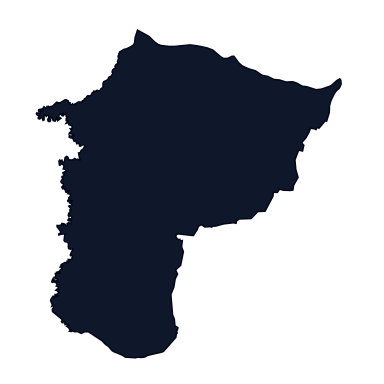 the district of Ban Thaen, Chaiyaphum, Thailand, rotated 268°
{"feature_id": "78962969B48831916769837", "entity_name": "Ban Thaen", "entity_type": "district", "adm_level": 2, "iso_a3": "THA", "parent_name": "Thailand", "parent_adm1": "Chaiyaphum", "projection": "albers", "projection_center": [102.355, 16.36], "detail": "fine", "context": "isolated", "style": "filled", "palette": "ink", "viewbox_px": 384, "rotation_deg": 268, "n_neighbors": 0, "source": "geoboundaries", "source_scale": "gbopen_adm2", "svg_char_len": 5753}
<svg xmlns="http://www.w3.org/2000/svg" viewBox="0 0 384 384"><g transform="rotate(268 192 192)"><path d="M355.7,143.2L348.5,140.6L342.6,139.7L341.0,138.5L339.6,136.3L337.5,131.9L336.9,128.9L334.4,124.5L333.6,124.7L333.0,123.7L331.8,123.7L330.3,122.8L328.2,123.3L325.0,122.1L323.1,122.6L322.0,120.4L320.2,119.4L319.5,120.0L318.6,119.5L316.9,117.0L314.7,116.3L313.2,117.0L309.9,114.7L310.2,114.1L309.6,112.8L307.9,112.2L306.7,110.8L305.4,107.7L303.9,106.9L299.6,106.6L298.2,104.4L296.7,103.6L296.3,102.7L297.0,100.7L295.9,98.8L296.3,97.4L295.3,97.1L294.5,95.6L292.4,94.8L291.5,92.9L291.9,91.3L291.0,90.1L289.6,89.5L289.1,87.8L287.0,87.0L287.1,85.7L285.7,85.5L286.0,81.7L284.2,78.5L282.6,79.4L284.0,77.9L283.1,76.4L284.3,75.7L283.5,74.8L283.7,73.2L285.4,73.3L285.6,72.0L287.5,71.4L288.6,69.4L288.5,68.1L285.9,63.7L285.8,61.7L286.5,60.0L282.5,55.4L282.3,52.9L281.4,52.2L281.7,51.5L282.6,51.4L282.5,50.0L281.3,50.1L280.6,49.1L282.4,47.1L280.0,45.3L279.0,46.3L277.7,45.6L278.2,44.4L280.1,44.1L279.7,41.7L278.4,41.4L277.7,41.8L277.9,42.9L276.5,43.3L276.0,42.1L276.5,39.6L275.8,39.2L274.9,39.4L274.0,40.5L273.7,42.2L271.7,40.9L270.8,40.9L270.2,42.4L271.7,43.8L271.8,44.7L268.7,45.6L269.2,46.7L273.5,46.9L274.6,47.5L274.3,48.2L272.6,48.9L273.8,50.4L273.7,51.5L271.3,51.4L269.4,50.3L267.8,50.7L267.3,51.7L267.5,52.6L268.7,53.2L271.0,52.5L271.9,53.5L271.9,54.5L270.2,54.6L269.5,55.7L268.2,55.7L267.5,57.6L271.0,59.6L268.0,60.2L270.2,63.6L271.3,62.4L271.6,60.4L274.3,62.6L274.5,63.4L273.0,64.6L272.5,65.8L273.2,66.2L274.6,65.1L275.2,65.2L275.1,66.1L273.7,67.2L274.0,69.1L271.8,68.9L271.3,70.5L270.0,68.9L267.8,68.7L267.5,70.4L265.1,68.6L265.7,71.0L263.6,71.1L262.3,74.5L259.1,74.2L259.4,72.6L257.6,73.6L256.6,73.5L255.5,71.6L254.4,71.2L254.5,72.9L253.1,76.0L252.4,75.4L252.1,72.4L252.6,71.4L251.2,71.1L250.2,72.7L250.3,74.5L246.8,76.0L247.5,77.5L244.2,78.5L244.7,80.9L241.9,81.2L241.7,82.4L242.4,82.9L243.1,85.0L242.5,86.1L240.7,86.0L238.8,84.8L237.5,82.7L235.3,81.7L235.0,80.0L230.5,80.6L228.4,81.6L227.9,81.2L228.8,79.0L228.4,77.5L229.7,76.1L228.1,73.4L228.6,69.4L229.9,69.7L231.6,68.8L232.0,67.9L230.7,66.3L227.1,65.6L226.1,64.8L226.2,63.8L228.4,63.1L227.8,61.8L228.6,60.9L227.5,60.1L223.5,60.5L223.5,61.3L224.7,62.1L224.1,64.0L222.0,65.0L219.5,64.1L219.2,66.0L217.6,67.4L215.7,63.6L214.6,63.9L213.8,65.5L212.8,64.6L212.0,62.6L211.1,62.5L209.3,63.6L208.5,62.1L206.8,61.3L205.6,62.0L204.8,63.9L203.1,63.5L201.4,62.0L199.7,63.0L200.6,64.7L199.2,64.6L198.2,65.6L196.5,65.7L196.0,66.7L197.7,68.6L197.7,69.6L194.7,67.8L194.1,70.3L191.9,70.3L190.7,68.7L189.4,68.7L187.5,67.4L186.8,67.8L187.8,70.1L187.5,71.8L186.1,71.6L186.3,70.0L185.5,69.2L183.8,71.5L182.8,71.7L182.1,70.8L182.6,69.1L182.2,68.3L178.9,70.8L178.5,69.4L175.8,69.4L175.2,68.1L172.8,67.5L171.8,68.2L172.8,70.2L170.3,71.0L169.0,70.1L170.1,68.1L168.1,67.0L167.3,68.2L167.5,69.9L164.6,70.3L165.7,67.7L164.8,66.1L163.3,66.3L162.9,65.7L163.3,64.5L164.4,63.7L165.2,61.0L164.7,60.7L163.3,61.6L163.7,60.1L163.1,58.1L163.3,56.0L162.0,55.9L157.2,59.3L155.5,59.1L154.6,57.3L153.6,57.5L154.3,59.1L154.6,63.5L148.1,62.4L146.7,63.4L146.4,65.5L144.7,66.8L141.9,66.4L139.7,66.8L139.1,68.5L139.6,71.2L139.1,71.4L136.7,69.6L133.2,68.1L132.6,68.7L133.4,69.5L131.8,70.2L128.7,69.4L128.9,65.9L126.5,66.2L127.2,64.7L125.5,64.3L126.0,62.5L124.0,58.7L123.3,58.6L123.0,60.0L122.2,57.9L121.5,57.6L121.5,59.2L120.5,59.6L118.3,57.3L115.3,57.2L115.5,55.6L117.1,55.8L116.4,53.7L115.0,54.1L115.2,52.6L113.1,53.0L110.9,51.6L110.9,52.5L110.0,52.6L110.1,54.2L108.6,54.7L107.6,51.7L108.9,51.2L108.3,50.1L110.2,50.1L108.9,49.3L107.1,48.7L106.6,49.4L107.1,51.3L106.3,52.0L106.2,53.0L104.9,53.6L106.2,54.6L106.1,56.1L104.2,55.7L104.0,54.0L102.8,53.1L102.0,55.7L100.5,54.6L99.1,54.6L99.5,53.4L98.5,52.5L97.9,54.3L98.1,55.4L97.0,54.7L96.4,56.3L94.7,53.6L93.2,54.4L92.6,52.9L94.3,52.4L94.3,51.6L93.1,51.9L92.8,51.0L91.5,50.9L91.3,50.1L92.6,49.9L92.7,49.4L89.7,47.3L88.4,46.9L84.1,48.5L82.7,47.9L83.1,48.7L82.6,50.2L79.6,48.3L77.3,48.5L69.2,57.7L67.9,57.7L67.1,57.0L66.0,57.6L65.8,58.5L67.1,58.7L67.1,60.3L66.5,60.7L65.4,60.2L63.9,60.5L64.5,61.8L63.2,62.5L63.3,64.4L62.0,64.2L61.9,62.4L60.7,64.0L58.4,65.2L58.2,66.3L57.2,64.8L56.8,66.3L57.3,67.8L56.5,69.7L56.4,72.9L54.5,76.4L56.0,79.6L56.0,83.5L46.5,96.9L42.8,100.2L40.7,103.0L36.1,106.8L35.1,108.4L31.4,116.6L29.3,119.6L28.3,129.7L28.8,132.2L28.4,135.6L28.8,139.2L30.3,142.1L33.1,156.5L34.0,158.3L47.3,170.8L51.2,171.4L51.5,172.2L54.2,171.7L54.6,172.6L56.9,173.2L58.8,170.3L65.5,169.9L69.9,168.3L90.3,167.3L97.5,170.5L105.9,172.2L110.4,174.7L114.7,172.9L119.1,178.1L132.7,181.3L137.5,179.7L143.7,180.6L143.5,180.0L144.4,178.2L145.0,178.1L144.7,177.6L145.6,175.7L148.1,174.1L149.7,174.9L150.6,175.9L150.4,178.3L148.4,191.8L154.1,195.8L157.5,197.3L158.8,199.7L158.6,201.0L156.6,203.6L156.8,209.2L156.2,210.4L157.2,211.9L157.1,214.3L159.0,222.5L159.8,232.4L159.2,234.9L162.0,235.8L162.2,236.7L163.4,237.7L163.4,250.1L170.2,257.1L170.2,264.3L184.8,272.7L188.9,273.3L188.6,277.2L191.8,279.6L190.6,283.4L190.1,290.4L190.5,292.9L195.2,293.8L202.9,298.5L211.0,296.5L220.5,296.0L230.1,300.0L229.1,303.9L234.8,305.4L237.3,303.2L242.2,307.7L247.2,310.8L251.5,312.6L251.0,316.3L250.1,318.1L252.2,319.4L251.4,321.2L258.5,327.7L258.1,329.0L266.4,331.9L273.8,332.5L278.4,334.0L285.3,337.6L287.9,339.6L290.8,343.0L294.6,344.8L298.6,344.6L299.9,343.6L298.4,340.7L293.3,334.6L290.3,325.0L289.9,319.6L293.2,310.4L293.9,305.9L297.2,300.4L298.7,296.5L298.6,289.8L300.9,283.4L301.6,277.9L304.8,271.9L306.2,266.2L310.9,259.7L313.2,252.7L316.3,246.5L319.5,243.2L326.2,238.6L326.2,236.6L324.4,232.6L324.3,228.2L326.5,225.0L333.2,217.7L335.6,211.8L337.9,202.5L339.1,195.3L338.1,179.8L338.3,173.9L339.5,166.1L340.6,163.4L343.2,159.9L348.9,154.5L355.7,143.2Z" fill="#0f172a" stroke="#020617" stroke-width="1.5"/></g></svg>